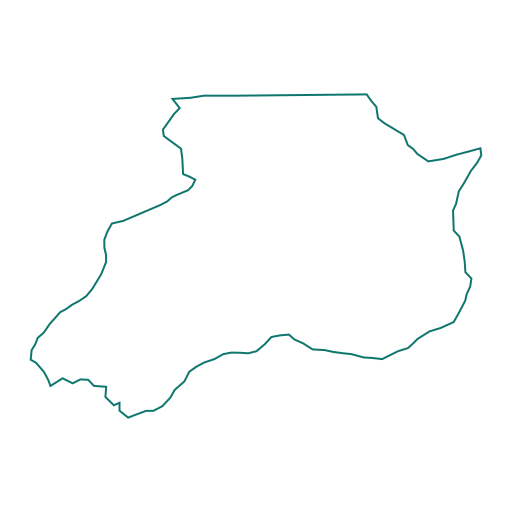 Guaraci, Paraná, Brazil (Albers equal-area conic projection)
{"feature_id": "56859067B97135919226715", "entity_name": "Guaraci", "entity_type": "district", "adm_level": 2, "iso_a3": "BRA", "parent_name": "Brazil", "parent_adm1": "Paraná", "projection": "albers", "projection_center": [-51.689, -22.96], "detail": "fine", "context": "isolated", "style": "outline", "palette": "teal", "viewbox_px": 512, "rotation_deg": 0, "n_neighbors": 0, "source": "geoboundaries", "source_scale": "gbopen_adm2", "svg_char_len": 1623}
<svg xmlns="http://www.w3.org/2000/svg" viewBox="0 0 512 512"><path d="M172.5,98.9L179.7,108.1L174.2,113.8L167.5,123.2L162.9,129.6L163.8,136.0L181.0,148.7L182.3,158.4L183.1,174.1L188.9,176.4L195.3,179.7L192.2,186.1L187.9,190.3L177.5,194.6L171.9,197.3L167.1,201.5L160.3,205.0L143.7,212.1L122.9,221.0L111.9,223.5L107.4,231.6L104.3,239.7L104.4,247.8L106.0,254.8L106.1,262.0L101.2,274.2L96.0,282.8L92.1,289.1L86.2,296.2L79.4,300.8L72.3,304.6L65.7,309.3L60.3,312.1L49.9,323.8L43.6,332.8L37.8,337.8L35.3,344.1L31.6,350.2L30.7,359.7L36.2,362.9L44.0,372.0L48.2,379.9L50.5,385.9L62.6,378.3L72.6,383.3L80.5,379.4L88.2,379.8L94.0,385.9L106.2,386.8L105.4,397.0L113.9,405.3L119.5,402.8L119.5,410.7L128.2,417.6L135.7,414.7L146.0,410.9L153.2,410.9L162.3,406.2L170.3,397.7L174.6,390.0L184.4,381.4L189.3,371.7L196.4,366.7L204.2,362.5L214.6,359.0L223.3,354.1L231.4,352.6L240.8,352.8L248.3,353.3L256.5,351.2L264.8,344.2L271.4,337.0L279.9,335.4L288.9,334.6L294.5,339.5L303.2,343.4L312.6,349.4L324.7,350.1L333.1,351.9L343.4,353.3L351.3,354.1L363.9,357.5L371.4,357.9L382.2,359.1L398.0,351.2L407.9,348.1L413.0,343.5L417.6,338.9L429.5,331.4L440.6,328.0L453.7,322.0L458.8,313.0L465.3,300.5L466.6,294.3L470.2,286.6L471.4,278.5L465.4,272.2L464.7,261.6L463.1,250.6L459.4,236.6L453.7,230.5L453.4,220.0L453.0,210.5L456.0,204.1L458.8,191.4L464.2,182.8L470.9,170.9L477.1,162.8L481.3,155.4L480.4,148.3L473.8,150.1L456.1,154.8L443.7,158.9L428.3,161.4L417.3,153.9L413.2,149.0L407.8,145.1L404.0,135.0L384.5,123.3L378.0,118.3L376.3,106.8L371.3,101.0L366.7,94.4L234.0,95.7L203.8,95.7L190.4,97.8L172.5,98.9Z" fill="none" stroke="#0f766e" stroke-width="2"/></svg>